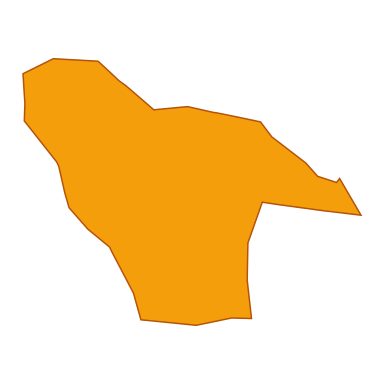 the district of Saintsagaan, Dundgovi, Mongolia
{"feature_id": "93677404B78970568694360", "entity_name": "Saintsagaan", "entity_type": "district", "adm_level": 2, "iso_a3": "MNG", "parent_name": "Mongolia", "parent_adm1": "Dundgovi", "projection": "natural_earth1", "projection_center": [106.311, 45.756], "detail": "fine", "context": "isolated", "style": "filled", "palette": "amber", "viewbox_px": 384, "rotation_deg": 0, "n_neighbors": 0, "source": "geoboundaries", "source_scale": "gbopen_adm2", "svg_char_len": 583}
<svg xmlns="http://www.w3.org/2000/svg" viewBox="0 0 384 384"><path d="M24.3,120.9L56.8,162.1L58.8,166.4L64.8,192.9L69.1,207.8L88.0,229.3L109.6,247.1L112.3,252.7L133.5,293.2L140.9,319.8L196.2,325.3L231.5,318.0L251.5,318.5L247.2,280.1L247.9,243.0L262.3,202.2L276.8,204.4L323.9,210.8L361.0,215.2L339.6,178.5L336.5,182.5L317.6,176.3L305.8,163.0L271.8,136.9L260.5,121.9L222.1,113.9L216.3,112.8L213.3,112.4L187.6,106.6L153.8,109.8L147.6,104.4L125.6,85.5L119.3,81.0L106.2,68.7L98.0,61.2L53.3,58.7L23.0,73.7L24.9,103.7L24.3,120.9Z" fill="#f59e0b" stroke="#b45309" stroke-width="1.5"/></svg>